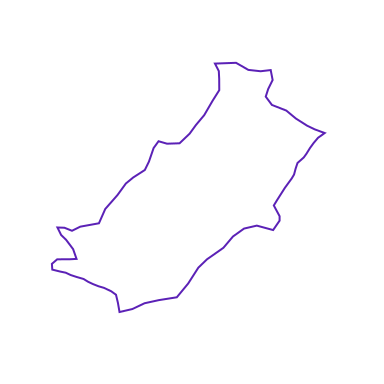 outline of Kato Dikomo, Cyprus, rotated 306°
{"feature_id": "46923920B88544101025022", "entity_name": "Kato Dikomo", "entity_type": "district", "adm_level": 2, "iso_a3": "CYP", "parent_name": "Cyprus", "parent_adm1": "", "projection": "equal_earth", "projection_center": [33.315, 35.258], "detail": "fine", "context": "isolated", "style": "outline", "palette": "violet", "viewbox_px": 384, "rotation_deg": 306, "n_neighbors": 0, "source": "geoboundaries", "source_scale": "gbopen_adm2", "svg_char_len": 1169}
<svg xmlns="http://www.w3.org/2000/svg" viewBox="0 0 384 384"><g transform="rotate(306 192 192)"><path d="M208.9,280.0L220.3,279.7L223.9,277.1L229.2,266.1L235.3,265.6L241.8,265.2L249.9,264.7L256.4,264.7L261.7,264.7L266.1,264.3L271.8,262.1L277.5,260.3L285.6,262.1L290.1,262.1L297.0,261.6L303.1,261.6L310.0,262.1L317.7,264.7L314.8,254.4L313.3,246.1L312.5,232.9L313.3,220.4L309.4,205.5L312.5,195.6L320.1,193.1L330.0,191.4L336.9,184.0L330.0,176.5L323.9,165.8L322.4,151.7L309.4,135.1L305.6,142.6L299.5,147.5L290.4,154.2L278.2,155.0L261.4,156.7L248.5,155.8L237.8,155.8L224.1,153.3L216.4,143.4L213.4,135.1L205.0,135.1L191.3,139.3L182.1,140.9L169.2,135.9L160.0,133.5L145.6,133.5L127.3,131.8L112.0,135.1L98.3,122.0L90.1,117.7L88.1,109.8L84.2,104.0L80.3,111.4L79.3,118.3L75.9,129.4L70.0,137.9L65.7,132.6L58.3,122.5L51.5,120.9L47.1,124.6L50.1,132.0L52.5,137.3L53.5,142.6L55.4,148.5L57.9,155.4L58.3,160.7L59.3,166.0L60.8,171.8L62.7,177.1L64.2,185.0L64.2,190.9L58.8,197.2L52.3,203.9L62.2,212.5L74.1,219.0L85.0,228.7L97.9,241.6L115.7,242.7L134.5,241.6L146.4,243.7L165.3,250.2L180.1,251.3L193.0,255.6L202.9,264.2L208.9,280.0Z" fill="none" stroke="#5b21b6" stroke-width="2"/></g></svg>